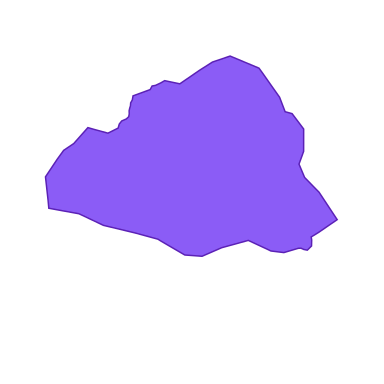 the district of Campinas do Piauí, Piauí, Brazil, rotated 326°
{"feature_id": "56859067B43304004429868", "entity_name": "Campinas do Piauí", "entity_type": "district", "adm_level": 2, "iso_a3": "BRA", "parent_name": "Brazil", "parent_adm1": "Piauí", "projection": "mercator", "projection_center": [-41.868, -7.679], "detail": "fine", "context": "isolated", "style": "filled", "palette": "violet", "viewbox_px": 384, "rotation_deg": 326, "n_neighbors": 0, "source": "geoboundaries", "source_scale": "gbopen_adm2", "svg_char_len": 987}
<svg xmlns="http://www.w3.org/2000/svg" viewBox="0 0 384 384"><g transform="rotate(326 192 192)"><path d="M218.2,81.8L214.6,83.7L196.9,79.3L194.0,82.3L191.0,83.8L189.1,86.2L187.3,87.6L185.3,89.5L183.6,92.2L181.6,94.2L178.4,94.7L173.4,93.8L169.7,95.0L166.5,97.7L155.2,96.2L145.8,85.3L141.7,80.4L124.2,84.9L121.2,85.7L108.9,85.7L98.5,89.5L79.0,97.5L68.2,118.1L64.2,125.4L73.9,134.9L86.1,146.8L99.9,170.1L121.8,194.0L137.4,212.1L138.8,215.3L150.8,240.2L161.1,248.3L164.4,250.9L185.5,254.8L198.5,259.2L211.6,263.6L222.8,282.2L224.4,285.0L234.3,293.6L248.6,298.1L250.9,299.5L252.6,302.2L255.1,304.7L260.9,303.6L264.4,298.7L265.7,295.9L274.4,296.3L284.1,296.2L296.9,296.1L297.2,263.1L296.3,258.4L293.5,242.9L296.3,228.7L303.1,223.8L307.3,220.7L319.8,202.2L319.1,188.8L318.8,183.0L314.1,177.5L317.6,162.4L317.3,149.1L317.0,133.2L316.8,126.8L299.6,100.6L281.6,95.7L266.3,95.3L242.4,95.5L231.6,84.4L227.2,84.1L221.4,83.2L218.2,81.8Z" fill="#8b5cf6" stroke="#5b21b6" stroke-width="1.5"/></g></svg>